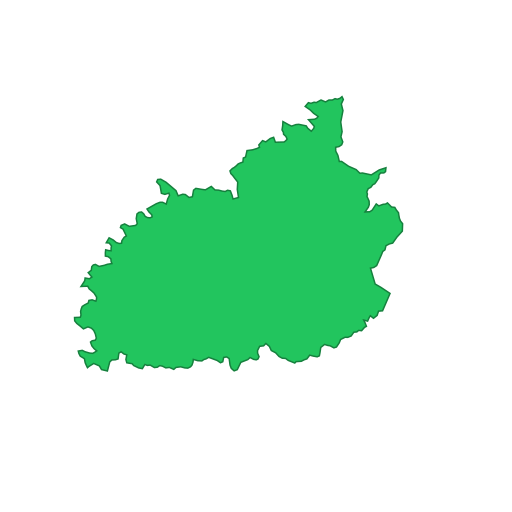 Itacurubi, Rio Grande do Sul, Brazil, rotated 300°
{"feature_id": "56859067B45448727576275", "entity_name": "Itacurubi", "entity_type": "district", "adm_level": 2, "iso_a3": "BRA", "parent_name": "Brazil", "parent_adm1": "Rio Grande do Sul", "projection": "equal_earth", "projection_center": [-55.272, -28.816], "detail": "fine", "context": "isolated", "style": "filled", "palette": "green", "viewbox_px": 512, "rotation_deg": 300, "n_neighbors": 0, "source": "geoboundaries", "source_scale": "gbopen_adm2", "svg_char_len": 4621}
<svg xmlns="http://www.w3.org/2000/svg" viewBox="0 0 512 512"><g transform="rotate(300 256 256)"><path d="M218.1,126.2L215.1,123.9L212.8,124.4L212.8,127.4L208.5,133.7L206.4,132.5L204.1,132.3L202.2,132.2L199.8,133.2L198.4,131.2L197.8,128.3L198.5,124.2L198.3,119.7L192.6,119.7L193.8,122.4L192.5,125.8L190.5,126.5L188.1,127.9L187.0,125.6L186.2,122.7L183.5,123.9L180.6,125.6L181.5,128.3L181.0,131.7L178.8,133.3L177.4,135.0L174.5,131.4L172.1,129.3L168.5,125.3L168.4,121.1L166.9,119.6L164.7,119.1L161.2,120.5L157.7,119.0L156.6,121.9L155.7,124.4L153.0,123.1L151.5,119.0L149.1,120.0L147.1,120.0L142.1,119.7L143.6,122.0L145.7,125.4L144.1,128.0L143.7,130.6L142.9,134.3L140.7,138.5L139.0,139.4L136.8,139.9L136.1,136.0L134.0,133.5L131.4,134.2L128.1,132.1L125.4,130.7L122.7,131.1L120.3,131.8L117.3,134.0L115.1,134.5L112.0,129.6L109.2,131.4L108.0,134.5L107.4,138.7L106.6,143.0L110.6,145.9L111.2,149.6L110.4,152.7L108.2,155.8L105.0,158.8L102.7,158.9L100.7,156.5L98.7,155.7L96.1,158.8L94.8,162.1L94.2,165.5L91.9,164.4L90.1,163.3L88.8,160.6L87.6,155.8L87.4,152.7L84.8,149.6L83.0,151.4L81.4,153.9L81.3,158.7L78.1,161.5L76.2,164.1L75.0,165.9L77.0,166.6L81.8,169.2L82.5,175.3L80.4,179.0L82.1,184.8L91.2,182.3L93.9,183.2L95.9,186.2L97.9,188.0L103.3,185.8L105.6,187.1L105.1,190.6L105.8,193.5L101.3,195.1L98.9,197.5L100.8,202.6L100.0,204.8L100.4,210.3L101.6,213.9L106.5,214.0L106.9,216.6L108.6,218.9L108.6,223.8L110.4,226.2L112.9,227.4L113.8,230.0L114.0,233.8L116.2,236.7L116.7,241.5L119.5,242.4L122.4,246.2L123.5,250.3L124.8,253.0L127.3,254.7L129.5,255.1L132.6,254.5L135.1,253.4L136.2,257.9L138.1,261.6L140.3,262.6L141.8,264.1L144.6,265.7L146.1,274.6L145.8,278.6L147.8,280.1L152.0,278.7L153.9,281.0L153.8,284.0L148.5,288.1L146.3,290.8L145.6,294.5L148.2,296.6L156.3,296.0L162.2,300.7L165.1,301.6L165.3,305.6L166.2,308.1L167.7,309.2L170.3,309.0L172.6,306.0L174.9,304.6L179.6,304.3L182.0,307.5L185.2,308.3L184.4,312.8L181.8,316.5L182.0,321.4L180.5,326.2L180.6,329.8L182.1,332.9L181.7,336.1L182.7,343.1L184.6,343.6L187.5,347.9L190.2,349.6L192.3,351.5L197.0,352.1L197.9,355.5L199.3,359.4L201.2,360.8L204.1,359.8L209.2,357.8L213.7,359.6L214.4,362.8L215.3,365.1L215.4,369.4L217.4,371.2L222.4,371.5L226.0,371.0L230.2,373.8L231.4,376.1L234.3,378.4L238.9,378.8L240.7,381.3L242.9,382.1L244.1,384.8L248.5,385.7L250.3,386.8L252.5,384.1L254.4,381.3L255.4,385.2L259.4,384.8L261.4,384.9L260.8,388.9L265.1,390.6L269.5,389.7L271.8,393.0L290.6,390.8L291.3,379.9L291.3,373.2L302.7,361.2L304.9,363.7L308.0,365.3L309.9,365.1L319.9,364.0L323.3,363.5L325.8,364.6L329.9,363.4L333.2,365.5L335.5,367.9L342.9,368.6L350.7,370.3L357.3,366.8L358.5,363.7L360.3,361.4L363.1,359.0L364.7,357.8L366.1,354.3L367.5,351.9L366.2,348.9L367.7,343.3L365.7,342.2L364.3,340.2L360.8,337.3L361.2,334.1L353.8,333.7L351.2,332.4L348.7,328.4L354.4,328.9L357.1,328.4L360.1,326.5L363.1,322.3L365.4,321.5L366.8,319.9L370.5,319.5L372.9,321.1L376.2,321.5L377.9,322.7L380.3,323.0L385.0,323.3L387.5,322.0L390.1,322.3L391.9,325.2L393.8,326.0L397.4,324.4L392.2,319.7L383.9,315.3L381.1,306.7L379.6,304.6L380.9,299.5L380.0,291.3L380.7,282.8L379.5,280.9L384.1,276.6L386.7,272.6L390.0,270.6L392.3,273.2L395.2,274.6L398.2,274.1L401.6,270.0L406.7,268.4L414.4,262.4L425.4,258.6L430.3,253.9L435.2,253.4L437.0,250.8L434.6,249.9L432.4,248.0L431.8,245.8L429.2,244.1L427.6,241.2L424.2,239.2L423.6,234.3L419.0,231.5L418.2,229.4L415.7,227.3L415.0,224.7L410.1,223.8L409.6,229.9L408.4,234.5L407.9,240.1L405.7,239.7L403.7,238.3L400.3,233.3L397.4,241.7L395.4,242.2L391.7,241.5L392.5,236.9L393.8,234.4L391.4,227.2L389.8,224.9L386.3,221.9L386.0,218.8L385.9,212.1L382.3,213.9L378.2,215.5L376.8,217.9L375.2,219.0L374.5,222.1L372.8,224.5L371.0,224.2L368.8,223.4L364.2,215.9L367.6,211.9L364.9,209.6L359.7,207.4L359.2,204.0L353.6,202.9L351.9,204.7L349.5,203.0L346.2,199.9L342.8,195.5L336.5,197.5L334.5,196.0L330.8,197.7L328.6,195.8L326.8,194.5L324.2,193.8L321.6,192.8L320.0,191.8L316.7,190.9L314.8,193.0L314.1,195.5L312.8,198.5L310.9,203.2L304.3,206.5L297.9,211.6L293.9,207.6L296.6,204.9L299.6,201.2L298.7,198.5L296.5,197.1L295.3,194.3L294.3,190.6L292.7,187.5L293.9,182.5L288.0,179.1L286.5,175.5L284.5,170.1L281.8,169.0L275.5,171.3L273.2,168.7L273.9,164.1L272.9,161.7L269.2,158.5L272.6,154.0L274.9,141.2L274.9,135.1L273.1,132.6L270.5,132.9L269.0,137.7L266.4,139.9L263.0,142.7L263.8,146.2L266.9,149.2L265.3,150.8L261.1,151.0L256.1,152.3L255.8,148.2L254.5,146.0L251.4,143.5L242.2,138.1L240.6,141.3L239.6,145.1L238.0,146.5L236.1,145.2L235.0,142.8L234.9,140.2L236.4,137.6L236.9,134.9L235.3,132.8L232.9,131.9L228.5,133.6L224.6,137.0L222.3,136.5L218.3,131.4L218.1,126.2Z" fill="#22c55e" stroke="#15803d" stroke-width="1.5"/></g></svg>